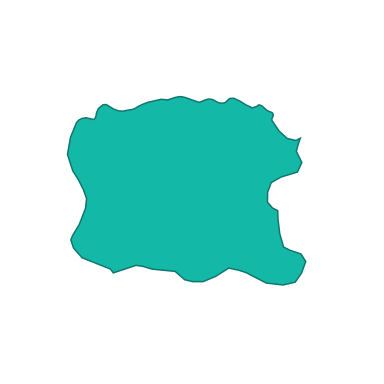 Ganzourgou, Albers equal-area conic projection, rotated 117°
{"feature_id": "BFA-2828", "entity_name": "Ganzourgou", "entity_type": "Province", "adm_level": 1, "iso_a3": "BFA", "parent_name": "Burkina Faso", "parent_adm1": "", "projection": "albers", "projection_center": [-0.846, 12.259], "detail": "fine", "context": "isolated", "style": "filled", "palette": "teal", "viewbox_px": 384, "rotation_deg": 117, "n_neighbors": 0, "source": "natural_earth", "source_scale": "10m", "svg_char_len": 1385}
<svg xmlns="http://www.w3.org/2000/svg" viewBox="0 0 384 384"><g transform="rotate(117 192 192)"><path d="M240.2,113.0L240.5,114.9L243.1,124.7L256.4,132.6L266.9,141.5L271.6,150.8L273.5,158.7L270.4,171.0L278.8,192.4L280.5,201.8L282.8,208.6L299.8,225.4L297.7,229.7L300.5,260.0L295.7,272.1L289.7,278.2L286.9,278.5L284.4,278.6L272.0,277.7L254.7,279.5L245.6,283.0L238.9,290.2L232.6,298.9L227.3,307.8L215.1,320.0L198.5,325.1L182.6,326.4L179.3,325.5L176.3,323.3L174.0,320.2L171.9,312.2L168.7,311.8L164.5,313.1L160.1,313.3L154.7,310.9L153.0,308.2L153.7,299.0L153.0,294.1L151.4,290.4L144.8,281.8L142.8,280.3L140.4,278.9L136.5,276.0L132.2,272.1L123.4,261.6L121.0,255.5L115.4,249.9L112.7,246.5L111.9,244.7L110.9,241.1L109.0,226.8L107.6,225.0L104.6,222.6L101.7,219.6L100.3,215.9L100.4,209.1L99.8,206.7L98.2,203.9L96.2,202.5L93.9,201.9L91.5,200.8L89.5,197.3L89.3,191.6L89.3,190.6L89.9,183.5L89.6,176.3L86.4,173.2L83.9,171.9L83.5,169.0L85.2,162.5L85.3,160.9L84.9,157.2L85.2,155.7L86.8,154.4L88.8,154.1L90.7,154.0L91.8,153.5L98.1,142.2L101.1,131.6L98.9,122.7L94.9,119.9L102.2,118.9L108.5,117.4L115.9,107.5L126.3,107.1L138.3,119.5L147.7,125.7L157.9,124.5L166.7,120.2L169.7,113.2L169.7,107.2L177.2,103.0L189.4,94.8L199.5,85.4L199.4,77.9L197.7,66.8L202.3,59.1L214.3,57.6L221.8,58.6L225.5,59.1L233.5,68.7L239.4,84.5L239.3,107.5L240.2,113.0Z" fill="#14b8a6" stroke="#0f766e" stroke-width="1.5"/></g></svg>